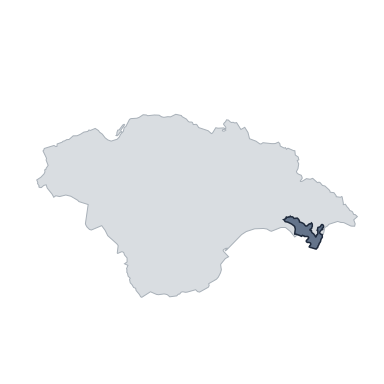 Ardebil on a map of Iran (Mercator projection), rotated 148°
{"feature_id": "IRN-3230", "entity_name": "Ardebil", "entity_type": "Province", "adm_level": 1, "iso_a3": "IRN", "parent_name": "Iran", "parent_adm1": "", "projection": "mercator", "projection_center": [47.857, 38.431], "detail": "fine", "context": "in_parent", "style": "filled", "palette": "slate", "viewbox_px": 384, "rotation_deg": 148, "n_neighbors": 0, "source": "natural_earth", "source_scale": "10m", "svg_char_len": 6161}
<svg xmlns="http://www.w3.org/2000/svg" viewBox="0 0 384 384"><g transform="rotate(148 192 192)"><path d="M195.3,117.7L199.0,117.9L205.7,115.6L206.3,115.1L208.3,110.5L210.6,108.4L214.7,105.9L217.3,105.1L226.4,105.4L227.1,103.5L228.6,102.6L238.6,103.1L240.1,104.6L240.7,107.2L249.0,109.6L250.7,110.4L252.7,112.3L254.3,112.8L256.5,112.0L257.8,112.6L260.0,112.0L266.4,114.9L267.3,117.9L268.4,119.2L269.8,120.4L274.9,122.7L276.4,124.0L280.1,129.4L290.4,129.3L291.1,130.4L290.9,132.7L291.6,138.2L290.8,140.2L292.1,142.0L292.0,145.4L292.5,147.7L291.3,151.0L290.1,151.6L290.8,154.5L289.7,157.3L289.9,158.3L288.3,160.7L288.2,161.6L285.2,163.8L287.3,166.9L284.1,167.1L282.0,170.5L282.6,174.5L282.0,176.6L282.4,177.8L283.2,178.6L287.6,179.3L287.7,179.9L283.0,185.7L283.2,187.9L286.6,199.6L286.0,205.4L286.4,211.3L297.5,213.1L298.8,214.6L299.6,217.9L299.5,220.3L299.2,221.6L286.7,236.4L293.0,243.8L293.3,245.5L297.0,252.6L300.6,256.3L306.7,258.3L309.5,261.0L312.0,260.8L311.8,264.4L312.7,272.0L311.9,275.4L314.1,276.1L317.4,275.6L318.6,276.3L319.2,277.5L318.4,278.2L318.5,281.1L317.7,281.8L317.3,284.5L312.4,284.6L307.8,285.8L306.1,286.9L305.2,288.8L303.7,288.7L303.2,289.4L299.9,290.8L298.8,296.4L297.5,297.7L296.6,305.8L295.8,305.9L294.2,307.2L284.4,304.6L283.4,302.7L282.3,302.3L280.9,304.2L275.9,303.1L274.3,303.4L273.2,302.9L270.5,302.8L268.4,301.7L263.0,302.6L259.7,300.6L256.2,300.1L251.9,300.1L248.4,298.6L246.5,299.2L245.7,298.1L240.4,297.2L238.7,293.6L238.7,291.8L237.4,288.6L237.0,284.1L235.8,280.8L233.6,278.0L227.5,276.4L224.4,277.2L222.0,278.8L218.2,279.7L215.2,282.7L213.5,282.5L206.5,286.7L204.9,286.6L199.7,283.8L197.3,283.3L192.5,283.4L189.9,281.5L189.2,280.2L183.0,277.2L179.2,274.6L178.0,272.0L176.3,270.2L172.6,268.7L170.4,267.1L164.6,266.5L160.5,262.5L160.5,261.2L158.1,256.8L157.7,253.6L157.1,252.7L155.1,251.4L154.8,250.5L155.2,248.5L152.6,247.2L152.2,246.3L152.2,243.1L145.9,235.5L144.6,231.3L143.4,231.1L137.8,233.9L136.1,232.3L131.2,229.6L130.5,228.6L131.7,228.1L133.0,228.6L133.7,228.0L133.4,227.1L132.2,226.5L130.5,226.6L130.9,227.4L129.4,228.2L129.0,229.3L129.4,232.5L128.7,233.3L126.1,233.9L124.5,234.9L123.0,233.7L122.5,231.4L121.6,229.9L120.2,229.4L119.2,227.9L117.4,227.2L117.4,219.1L113.0,218.9L113.0,212.8L115.0,206.7L110.8,201.2L109.0,196.9L107.8,196.1L105.7,196.2L98.4,190.5L95.8,189.0L92.3,188.5L91.9,186.5L92.8,184.2L91.1,181.3L90.6,180.4L89.2,180.1L89.3,178.2L87.4,178.3L83.9,173.2L82.9,172.5L84.8,168.6L83.4,165.4L84.3,162.7L86.1,162.9L86.6,159.3L89.8,155.6L92.6,154.0L92.9,152.8L92.3,150.8L90.5,148.3L90.8,146.2L91.4,145.1L94.3,144.0L94.5,143.5L93.1,142.7L87.9,142.7L85.1,140.2L82.4,139.6L80.8,134.0L80.4,133.3L79.1,133.1L78.4,132.1L77.9,128.4L76.1,126.7L74.6,121.2L74.5,119.8L74.9,118.6L72.0,116.2L71.7,112.5L72.2,111.6L68.9,108.9L67.4,108.8L67.3,108.3L69.5,102.5L70.4,101.1L68.4,100.3L68.4,97.4L67.9,95.0L68.0,92.7L66.7,91.0L66.4,90.0L66.8,87.4L65.5,86.2L64.8,83.5L69.6,82.7L70.5,78.5L72.2,76.8L75.2,78.8L79.5,85.6L82.1,87.5L84.0,89.8L93.1,92.1L95.1,91.4L98.2,91.5L102.1,87.4L103.9,86.8L108.5,82.7L114.3,78.8L117.2,78.2L121.5,83.1L119.0,84.6L118.6,85.8L118.9,87.0L120.9,88.2L121.1,89.6L120.4,90.2L117.9,91.0L117.2,92.4L120.0,94.6L121.3,96.4L122.8,96.9L125.1,99.8L128.7,99.4L129.5,106.5L131.5,112.3L135.4,114.8L145.4,116.6L146.5,117.8L148.1,120.9L150.7,123.2L158.4,127.6L166.9,129.7L172.5,129.6L193.4,124.5L195.3,124.5L192.2,125.8L193.4,126.4L196.0,126.4L196.6,125.9L196.7,125.0L195.3,117.7ZM225.3,280.5L224.1,282.3L222.2,283.8L220.8,283.3L215.2,285.5L213.7,285.4L213.5,284.7L219.7,282.1L220.0,281.5L219.6,280.1L221.6,280.7L223.8,279.6L225.6,279.3L226.5,280.1L225.3,280.5Z" fill="#d9dde1" stroke="#a8b0b8" stroke-width="1"/><path d="M116.7,77.8L116.9,77.9L117.1,78.0L117.9,78.8L120.2,81.5L121.1,82.3L121.4,82.8L121.7,83.4L121.6,83.5L121.2,83.6L120.5,84.1L119.7,84.2L119.3,84.5L118.9,84.8L118.7,85.3L118.6,85.9L118.8,86.4L119.1,86.8L119.9,87.5L120.6,87.9L120.8,88.0L121.2,88.9L121.3,89.1L121.3,89.4L121.2,89.6L121.1,89.8L121.0,90.0L120.5,90.3L118.0,90.8L118.0,91.0L117.9,91.1L117.3,91.5L117.1,91.7L117.2,92.4L117.4,92.9L118.3,93.6L120.0,94.5L120.2,94.8L120.3,95.0L120.2,95.3L120.3,95.6L120.9,96.1L121.1,96.4L121.3,96.7L121.8,96.7L122.4,96.4L122.7,96.4L122.9,96.7L123.0,97.2L123.1,97.4L123.4,97.6L123.6,97.9L123.8,98.2L124.0,98.5L124.3,98.9L124.5,99.1L124.9,99.7L125.3,100.1L125.4,100.3L125.8,100.7L126.1,101.0L126.2,101.3L126.5,101.5L127.0,101.6L127.2,101.8L127.1,102.1L124.1,105.7L123.8,106.3L123.7,107.2L123.3,107.8L123.3,108.8L124.5,112.1L126.7,115.6L127.4,116.3L128.2,117.0L128.7,117.6L128.7,118.0L128.6,118.8L128.8,119.6L128.9,120.0L128.0,119.6L127.5,119.7L127.0,120.1L126.5,120.0L126.2,119.8L125.9,119.9L125.8,120.2L125.8,120.4L125.6,120.7L125.2,120.8L124.2,119.8L123.6,119.6L123.3,119.7L123.1,119.6L122.9,119.5L122.6,119.2L122.4,119.1L121.9,119.1L121.6,119.3L121.6,119.0L121.0,118.5L120.8,118.2L119.9,117.6L119.6,116.8L119.5,115.6L119.1,115.3L118.2,114.8L117.9,114.8L116.5,114.0L116.1,112.2L116.2,110.7L116.5,110.0L116.7,109.6L116.5,109.3L115.6,108.4L114.6,107.0L113.9,105.4L113.9,104.0L113.5,102.8L112.5,102.3L109.6,102.8L109.2,102.7L108.6,102.2L107.7,102.3L107.1,102.5L107.0,102.0L107.0,101.1L107.3,100.5L107.6,100.1L108.0,99.3L109.1,98.5L109.6,97.9L110.5,97.7L111.5,97.8L112.1,97.4L111.9,96.5L111.2,96.2L111.2,95.7L111.7,95.0L111.8,93.9L111.0,92.0L111.0,90.7L110.8,90.4L111.0,88.5L110.5,88.3L109.6,89.0L108.7,89.6L108.2,89.5L107.2,90.2L105.7,92.8L105.9,93.1L106.1,93.2L105.9,93.4L105.1,94.0L104.6,94.7L104.0,95.2L102.0,94.6L101.2,94.8L100.3,95.3L99.4,95.7L98.7,95.3L98.3,94.4L98.5,93.3L99.1,92.6L99.4,92.4L99.6,92.2L100.0,92.1L100.7,92.3L100.9,92.1L101.0,91.6L101.0,91.2L101.1,90.9L101.3,90.9L101.9,91.4L102.5,91.3L103.1,91.0L103.9,90.9L105.0,90.1L105.3,89.7L105.4,89.4L105.4,89.0L105.2,88.0L105.0,87.7L104.6,87.5L104.4,87.3L104.4,87.1L104.2,86.7L104.3,86.7L104.5,86.5L104.5,86.4L104.8,85.7L105.2,85.0L105.3,84.8L105.4,84.6L106.0,84.3L107.3,83.7L107.5,83.7L107.9,83.4L108.3,83.0L109.0,82.1L109.4,81.8L110.0,81.5L110.9,81.1L111.2,81.1L111.4,81.0L112.1,80.3L112.3,80.1L113.9,79.3L114.5,78.7L114.9,78.3L115.2,78.2L116.2,78.2L116.4,78.2L116.5,78.0L116.7,77.8Z" fill="#64748b" stroke="#1e293b" stroke-width="1.5"/></g></svg>